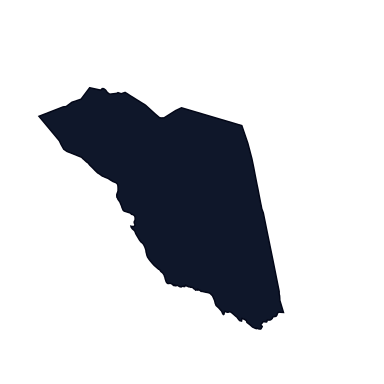 San Francisco Logueche, Oaxaca, Mexico (Equal Earth projection), rotated 144°
{"feature_id": "50627088B77948267896933", "entity_name": "San Francisco Logueche", "entity_type": "district", "adm_level": 2, "iso_a3": "MEX", "parent_name": "Mexico", "parent_adm1": "Oaxaca", "projection": "equal_earth", "projection_center": [-96.367, 16.374], "detail": "fine", "context": "isolated", "style": "filled", "palette": "ink", "viewbox_px": 384, "rotation_deg": 144, "n_neighbors": 0, "source": "geoboundaries", "source_scale": "gbopen_adm2", "svg_char_len": 4248}
<svg xmlns="http://www.w3.org/2000/svg" viewBox="0 0 384 384"><g transform="rotate(144 192 192)"><path d="M124.0,183.7L118.2,198.6L112.7,216.4L134.4,244.7L151.0,266.3L155.8,267.2L157.3,267.5L171.0,268.4L173.4,270.0L174.6,271.2L175.9,276.6L178.6,289.6L185.6,306.8L186.5,309.3L187.6,311.9L191.5,313.1L193.5,315.9L194.8,316.0L201.1,319.5L202.0,322.3L202.0,325.3L202.7,327.5L203.8,328.4L206.0,328.1L213.5,336.5L227.2,332.3L236.4,335.2L243.6,335.1L246.2,336.6L250.4,337.7L271.3,343.2L269.2,311.4L270.0,307.2L270.6,302.0L269.3,298.3L260.9,285.0L260.6,282.8L260.5,282.7L259.9,279.7L259.6,278.2L259.0,276.7L258.9,273.9L258.3,270.6L258.0,268.6L257.8,266.9L257.7,266.3L257.1,262.9L256.3,261.1L255.2,257.6L254.6,256.8L253.8,255.3L251.9,252.3L250.7,249.1L250.6,248.9L249.7,246.8L249.1,245.9L248.6,245.1L247.9,243.9L247.7,242.4L247.8,241.5L248.8,239.7L249.9,238.1L250.5,237.3L251.1,236.5L252.3,235.5L252.5,235.4L253.5,234.8L254.5,234.0L255.1,233.1L255.7,232.1L255.9,231.6L255.8,230.7L256.2,229.6L256.2,229.0L256.2,226.4L256.6,224.7L257.2,222.1L257.7,220.8L257.9,219.9L258.3,218.2L258.4,217.8L258.1,216.4L257.1,215.1L256.0,213.6L254.3,211.3L254.0,209.5L252.7,207.9L252.7,207.4L252.5,206.4L252.7,205.6L253.1,204.7L254.0,203.4L254.8,202.6L255.3,202.3L255.8,202.2L256.3,201.8L256.8,201.1L257.1,200.2L257.2,199.4L257.6,198.8L258.2,198.4L258.8,198.3L259.3,198.3L260.1,198.9L260.8,199.4L261.5,200.2L261.9,199.2L261.9,197.3L261.7,196.3L261.4,195.2L261.3,193.7L261.8,192.0L262.0,191.2L262.2,189.3L262.7,183.9L262.6,181.4L262.3,180.5L262.1,179.6L262.0,178.3L262.3,176.2L262.6,174.8L263.0,173.5L263.7,171.6L264.3,170.7L265.0,168.9L265.6,167.6L266.2,165.4L266.3,162.5L266.2,160.0L266.0,157.4L265.7,154.7L265.3,153.1L264.9,151.3L264.4,149.1L264.0,148.6L263.8,147.4L263.9,146.0L263.3,143.8L263.3,142.4L263.4,141.1L263.9,139.7L264.1,138.7L264.5,138.0L264.9,136.9L265.6,134.7L265.7,133.7L265.6,132.8L265.2,132.0L264.4,131.6L263.1,130.7L262.8,130.4L262.4,129.5L262.1,128.9L262.1,128.3L262.0,128.0L261.8,127.3L261.7,127.0L261.5,126.8L261.1,126.9L261.0,127.2L260.9,127.4L260.7,127.2L260.7,126.7L260.7,126.1L260.6,125.9L260.3,125.9L260.0,126.0L259.9,125.7L259.7,125.4L259.4,125.3L258.7,125.0L258.4,124.8L258.2,124.2L257.9,123.3L257.7,122.9L257.4,122.8L257.4,122.4L257.2,122.1L256.7,121.9L256.4,121.5L256.0,121.6L255.6,121.5L255.3,121.4L254.9,121.1L254.6,120.7L254.2,120.4L254.0,120.5L253.9,120.2L253.7,119.9L253.4,119.8L253.1,120.1L252.9,120.3L252.7,120.3L252.5,120.1L252.3,120.1L252.2,120.2L252.0,120.4L251.8,120.4L251.7,120.3L251.7,119.9L251.7,119.4L251.5,119.0L251.3,118.8L251.0,118.5L250.9,118.1L250.6,117.5L250.1,117.0L249.6,116.5L249.3,116.4L249.2,116.2L249.1,115.7L248.9,115.6L248.5,115.4L248.2,115.0L248.0,114.8L247.8,114.3L247.3,113.9L247.3,113.5L247.4,112.9L247.3,112.5L247.0,111.9L246.7,111.5L246.8,111.0L246.8,110.5L246.7,110.4L246.3,110.3L245.9,110.1L245.7,110.2L245.4,110.3L245.3,110.2L245.2,109.9L245.1,109.4L245.0,109.2L244.7,109.2L244.4,109.6L244.2,109.8L244.1,109.6L244.1,109.2L244.1,108.8L243.9,108.4L243.5,108.1L243.3,107.6L243.2,106.7L243.0,106.2L242.8,106.1L242.1,105.5L241.4,104.7L240.1,103.2L238.1,101.1L237.0,99.6L236.4,96.1L236.8,94.0L237.5,90.9L238.6,88.3L239.2,86.0L238.5,82.6L238.3,80.4L238.1,78.3L238.4,76.7L238.7,75.5L238.6,74.4L238.1,74.3L236.6,75.6L235.4,76.0L234.7,74.7L233.7,73.6L231.5,72.8L230.8,70.9L230.2,68.4L229.7,66.1L229.2,64.4L229.2,61.4L229.0,59.9L227.8,58.5L226.6,59.7L225.8,60.3L224.5,58.3L223.6,56.0L224.2,54.2L223.1,50.4L222.4,47.2L220.9,44.5L220.2,43.6L219.6,43.7L219.3,43.3L218.8,42.4L218.0,41.6L217.5,41.1L217.0,40.8L216.4,40.8L215.8,41.2L215.0,41.5L214.3,41.8L214.2,42.1L214.3,42.7L214.6,43.2L214.6,43.7L214.5,44.0L214.0,44.3L213.2,44.6L212.1,44.8L211.2,45.1L210.8,45.2L210.5,45.1L210.0,44.8L209.5,44.3L208.9,43.7L208.2,43.1L207.6,43.1L207.0,43.8L206.5,44.1L206.1,44.1L205.6,43.6L204.8,43.0L204.0,42.5L203.2,42.4L202.5,42.4L201.3,42.6L200.6,43.2L199.9,43.3L198.8,42.9L197.9,42.4L196.8,42.1L195.5,42.6L194.5,43.4L193.7,43.8L192.8,43.8L191.7,43.3L190.9,42.5L188.8,40.8L184.6,52.8L183.7,54.1L182.1,56.6L181.5,58.1L179.9,60.4L166.7,89.1L155.3,114.2L146.6,133.2L145.4,137.5L143.9,140.6L143.5,141.6L139.4,150.4L136.8,155.9L135.1,159.7L130.5,169.6L127.8,175.3L124.0,183.7Z" fill="#0f172a" stroke="#020617" stroke-width="1.5"/></g></svg>